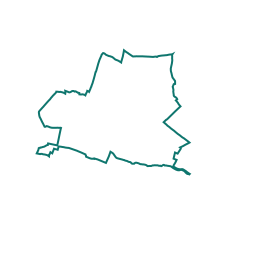 Muntenii De Jos, Vaslui, Romania (Albers equal-area conic projection), rotated 316°
{"feature_id": "2599482B60230314306463", "entity_name": "Muntenii De Jos", "entity_type": "district", "adm_level": 2, "iso_a3": "ROU", "parent_name": "Romania", "parent_adm1": "Vaslui", "projection": "albers", "projection_center": [27.801, 46.588], "detail": "fine", "context": "isolated", "style": "outline", "palette": "teal", "viewbox_px": 256, "rotation_deg": 316, "n_neighbors": 0, "source": "geoboundaries", "source_scale": "gbopen_adm2", "svg_char_len": 5651}
<svg xmlns="http://www.w3.org/2000/svg" viewBox="0 0 256 256"><g transform="rotate(316 128 128)"><path d="M139.9,203.7L139.9,203.9L140.5,203.9L140.3,203.2L139.8,200.5L139.7,199.4L139.0,196.4L138.8,195.8L138.4,195.2L137.0,194.1L136.5,193.5L136.0,192.9L135.7,192.4L135.3,191.7L135.0,191.2L134.9,190.7L134.5,189.8L134.4,189.1L134.1,188.0L133.8,187.1L135.1,186.5L138.2,185.7L140.8,184.7L140.1,183.2L139.5,181.7L144.8,178.3L145.9,180.9L149.3,180.1L151.0,179.7L151.8,179.4L152.0,179.2L152.1,178.8L152.0,178.2L154.9,179.2L157.7,179.9L160.9,180.9L162.1,181.2L162.0,180.2L161.1,174.5L161.0,173.8L160.7,173.0L160.5,171.9L160.2,169.3L159.7,166.8L159.4,164.1L159.2,161.7L159.0,160.7L158.6,158.3L158.4,155.9L158.0,153.8L158.0,151.9L157.9,151.3L157.7,148.6L161.1,148.6L161.5,148.8L162.9,148.9L174.0,148.8L180.8,148.9L180.9,146.9L181.0,146.0L181.4,144.4L181.6,141.6L181.6,141.4L183.1,141.5L183.4,141.5L183.6,140.9L183.7,140.3L183.7,139.7L183.7,139.4L183.6,138.8L183.4,138.2L183.3,137.6L183.3,137.2L183.3,136.9L183.4,136.6L183.5,136.4L184.2,135.6L184.8,134.7L185.7,133.5L185.8,133.3L186.8,132.5L187.2,132.1L188.2,130.5L188.5,130.0L188.7,129.5L188.9,129.3L190.3,128.8L191.1,128.3L191.3,128.3L191.6,128.3L192.5,129.0L193.0,128.5L194.4,127.0L194.6,126.6L194.7,125.6L195.1,122.6L195.6,121.7L196.1,120.8L197.2,119.0L197.5,118.5L197.9,117.7L198.3,117.0L198.5,116.7L199.3,115.8L199.9,115.1L201.9,113.7L204.2,112.2L206.5,110.4L207.3,109.6L207.9,108.8L209.7,107.0L210.2,106.3L210.5,106.0L211.3,105.8L210.6,105.6L210.3,105.1L210.0,104.9L209.1,104.3L208.9,104.0L206.6,102.6L202.4,99.2L199.7,97.3L199.4,97.3L199.0,97.2L198.5,97.2L198.3,97.0L198.1,96.9L198.0,96.5L197.9,96.2L197.2,95.6L195.9,94.6L195.5,94.4L194.6,93.4L192.7,91.3L190.7,89.2L189.4,87.8L188.0,86.3L184.8,83.2L184.3,82.7L183.7,82.1L182.8,81.4L182.1,80.7L181.8,80.5L181.4,80.1L181.1,79.7L180.9,78.6L180.4,76.3L180.2,75.5L180.1,74.8L180.0,74.1L179.8,73.3L179.4,71.6L179.3,70.7L179.1,69.3L178.3,69.9L176.2,71.4L175.0,72.2L173.9,73.0L172.1,74.0L171.1,74.6L169.1,75.7L168.6,76.1L168.3,74.9L168.0,73.8L167.9,73.2L167.4,72.0L166.5,70.1L166.4,69.7L166.3,68.4L166.1,66.6L165.8,65.6L165.3,64.7L165.0,64.0L164.2,62.9L163.0,60.0L162.9,58.4L162.7,57.8L162.5,57.3L162.1,56.8L161.9,56.8L161.2,56.9L160.7,56.9L160.1,56.9L160.0,57.0L159.6,57.2L159.4,57.3L159.2,57.4L154.8,59.2L151.2,61.1L149.7,62.0L145.1,64.7L143.9,65.3L143.6,65.2L142.1,66.1L140.9,66.9L137.2,69.1L134.7,70.5L133.9,71.0L130.9,72.4L130.7,72.6L130.1,72.9L129.8,72.9L129.6,73.0L127.3,74.1L127.1,74.1L126.2,74.5L125.4,74.9L125.1,75.0L125.1,74.7L125.1,74.3L124.7,73.4L124.5,73.0L124.1,73.3L123.4,73.6L122.9,73.7L122.3,73.9L121.7,74.2L121.0,74.4L120.0,74.9L119.9,74.4L119.6,73.5L119.2,73.0L118.8,72.3L118.4,71.9L118.0,71.7L117.8,71.5L117.7,71.4L117.3,71.1L116.4,70.0L117.3,69.0L116.7,68.0L116.5,67.9L116.5,67.7L116.2,66.8L116.1,66.4L115.9,65.6L115.8,65.3L115.6,65.2L115.3,64.8L114.9,64.7L114.5,63.5L114.1,63.1L113.8,62.9L113.4,62.6L111.9,62.3L110.9,61.9L110.4,61.4L109.9,60.2L109.0,58.3L108.7,57.7L108.5,58.0L107.6,59.0L107.3,59.2L106.7,59.7L106.4,58.7L106.4,58.4L106.2,57.9L105.8,57.2L105.5,56.6L104.4,54.9L104.1,54.8L103.4,54.1L103.2,53.8L102.3,52.7L101.7,52.1L101.4,52.4L99.1,52.6L98.7,52.5L97.9,52.6L97.6,52.6L96.3,52.6L94.8,52.8L94.1,52.8L91.7,53.2L90.2,53.2L87.3,53.4L82.5,53.8L81.9,53.9L81.0,53.9L76.5,54.2L75.3,54.4L74.5,55.1L72.9,57.3L72.1,58.7L72.1,58.9L71.9,59.5L71.5,60.9L70.8,62.9L70.7,63.2L70.5,63.9L70.2,64.7L70.1,65.4L69.4,67.5L69.2,68.2L68.9,69.0L69.0,69.2L69.1,69.5L69.5,69.7L70.0,69.9L70.3,70.0L70.6,70.0L70.8,70.1L71.7,71.7L72.4,73.4L73.3,74.8L74.5,76.1L77.3,78.7L78.8,80.2L79.2,80.7L79.8,81.1L79.9,81.4L79.0,81.9L74.4,85.0L70.5,87.7L66.5,90.4L65.0,91.3L59.8,83.6L58.7,84.3L58.5,84.5L58.1,84.2L57.4,83.9L57.0,83.8L55.0,83.3L54.2,82.9L53.4,82.4L52.1,81.8L51.7,81.4L51.3,81.4L50.3,80.6L49.8,80.5L48.5,81.4L46.8,82.1L44.7,82.9L44.9,83.2L45.4,83.9L46.4,85.4L46.6,85.7L46.9,85.8L47.1,86.0L47.4,86.1L47.5,86.2L48.2,87.0L48.5,87.7L49.1,88.5L49.7,89.2L50.7,90.8L50.9,91.2L51.1,91.7L51.4,92.8L51.5,93.5L52.6,92.5L52.8,92.5L52.8,92.4L53.0,92.4L53.8,92.2L55.4,91.5L55.9,93.6L60.4,91.5L60.9,92.5L61.9,94.0L62.3,94.8L65.3,93.1L66.7,94.8L67.7,96.2L68.5,97.2L69.4,98.6L70.6,100.1L71.4,101.0L71.8,101.6L75.5,108.9L76.1,110.4L77.3,113.1L78.8,116.9L79.0,117.3L78.8,117.5L78.7,118.6L78.0,119.4L77.9,119.6L78.2,120.2L78.6,121.1L79.3,122.8L80.0,124.1L80.4,124.7L80.7,125.1L81.8,126.1L82.2,126.7L82.6,126.5L83.8,128.7L83.9,128.8L84.1,129.1L84.6,130.2L87.9,137.8L89.3,137.2L92.8,135.8L94.5,135.1L98.9,132.9L99.3,134.4L99.5,135.6L99.6,136.0L99.0,139.8L98.9,141.0L99.1,141.9L99.7,143.0L101.1,145.3L101.9,146.6L102.6,147.9L103.1,148.6L103.3,149.4L104.4,151.1L104.6,151.6L104.7,152.0L104.8,152.4L105.3,153.3L105.9,154.0L106.1,155.0L106.0,155.6L106.0,155.9L106.1,156.3L106.5,156.9L107.2,157.5L107.5,157.9L108.8,158.0L109.4,158.3L109.5,158.4L110.0,158.9L110.3,159.4L110.8,160.2L111.1,160.8L111.4,161.5L111.5,162.0L112.0,162.9L112.6,163.5L113.0,164.1L113.7,164.8L114.6,166.0L115.1,166.8L115.5,167.9L115.5,168.8L115.7,169.1L116.3,169.6L117.4,170.5L118.0,171.2L118.4,171.5L119.7,172.0L120.7,172.9L121.2,173.2L122.2,174.3L123.4,175.5L124.1,176.8L124.4,177.1L125.0,177.5L125.2,178.0L125.3,178.4L125.5,178.6L125.9,178.7L126.4,178.8L127.8,179.1L128.1,179.4L128.3,179.7L128.4,180.2L128.5,180.7L129.3,181.3L130.0,182.4L130.4,182.9L131.7,184.6L132.1,185.2L132.3,185.9L132.5,187.1L132.7,188.2L133.0,189.3L133.5,190.9L133.9,191.9L134.6,193.1L135.5,194.0L135.8,194.2L136.3,194.3L136.8,194.8L137.3,195.2L137.6,195.6L138.0,196.5L138.5,197.8L138.6,198.3L138.6,198.8L138.6,199.4L138.5,200.2L138.6,201.0L138.7,202.0L138.9,202.4L139.9,203.7Z" fill="none" stroke="#0f766e" stroke-width="2"/></g></svg>